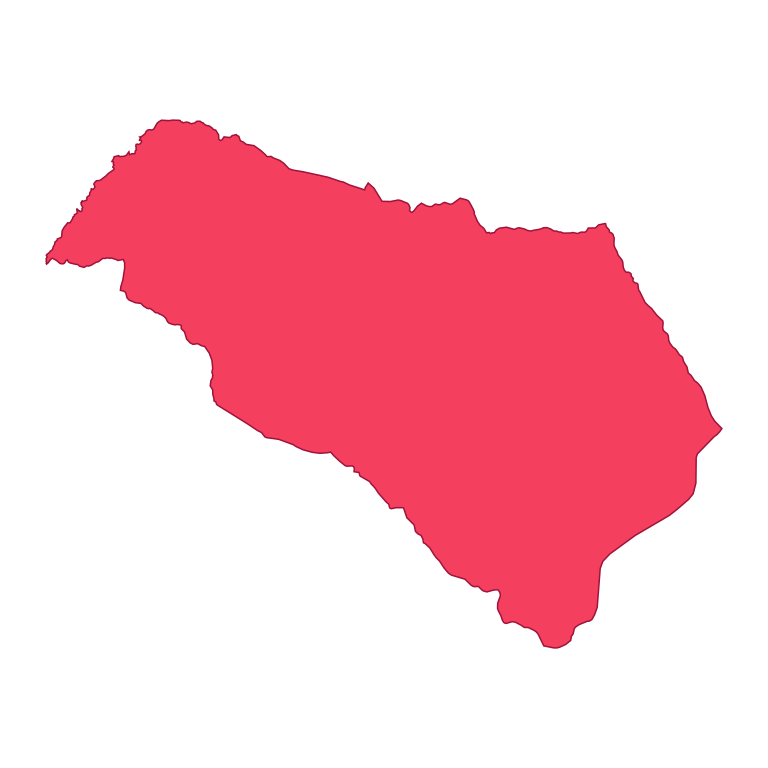 outline of El Molino, La Guajira, Colombia
{"feature_id": "7082276B93784631738012", "entity_name": "El Molino", "entity_type": "district", "adm_level": 2, "iso_a3": "COL", "parent_name": "Colombia", "parent_adm1": "La Guajira", "projection": "orthographic", "projection_center": [-72.929, 10.627], "detail": "fine", "context": "isolated", "style": "filled", "palette": "rose", "viewbox_px": 768, "rotation_deg": 0, "n_neighbors": 0, "source": "geoboundaries", "source_scale": "gbopen_adm2", "svg_char_len": 6035}
<svg xmlns="http://www.w3.org/2000/svg" viewBox="0 0 768 768"><path d="M721.9,428.6L714.6,421.0L711.3,415.8L707.9,407.3L704.8,395.6L701.1,387.2L697.9,383.3L694.5,380.6L691.0,375.3L688.3,373.0L687.0,367.0L683.6,361.5L682.6,357.7L681.9,356.6L679.3,354.7L676.5,350.3L675.3,348.9L672.7,347.0L669.7,342.9L668.8,340.5L668.3,335.9L667.4,333.9L664.1,331.3L663.2,330.0L662.7,327.7L663.1,323.2L662.8,320.9L656.7,315.1L651.4,308.3L648.2,305.7L645.0,302.3L639.8,291.7L638.6,289.8L637.9,284.2L637.2,283.4L634.7,282.7L633.0,281.1L632.9,279.9L633.3,278.5L631.3,276.2L631.1,274.0L630.5,273.2L628.5,272.1L626.3,272.3L624.4,270.3L623.2,267.0L622.8,262.3L622.1,260.2L618.0,254.9L617.0,251.6L614.6,247.2L613.9,244.3L614.2,238.3L612.9,234.3L611.7,233.1L609.6,232.1L609.1,229.8L606.3,226.7L605.6,223.7L604.9,223.5L598.6,224.9L595.8,227.6L594.6,228.0L588.3,228.0L586.7,230.8L585.6,231.8L584.6,232.2L581.1,232.1L577.6,233.5L572.7,232.5L570.6,233.0L563.4,233.1L560.7,232.0L558.9,232.0L556.8,231.1L553.8,231.0L550.7,229.0L546.9,227.6L543.6,227.7L540.4,229.1L532.5,230.5L530.9,231.1L527.4,230.4L524.8,229.1L519.5,227.8L517.5,228.0L514.4,229.4L506.5,227.2L499.3,228.2L496.3,230.0L494.3,232.7L491.8,232.9L490.6,233.6L489.3,232.5L486.5,232.8L483.8,228.3L480.2,225.4L477.5,221.5L474.1,213.5L474.3,212.1L473.3,209.4L469.3,202.0L468.2,200.7L466.3,199.8L460.1,198.2L452.4,203.8L450.2,204.3L444.8,202.4L443.6,202.7L440.5,204.5L438.9,204.8L435.3,204.1L432.0,206.4L429.7,206.6L426.5,205.9L421.4,203.2L417.5,206.2L414.1,210.6L412.2,212.3L411.0,212.0L409.6,210.7L410.0,207.5L408.6,204.4L407.5,203.3L400.7,200.5L398.3,200.0L390.5,201.5L382.0,201.3L374.0,188.2L368.2,183.0L365.3,187.6L364.7,189.9L349.3,184.9L343.3,182.0L340.6,181.5L327.9,177.2L302.8,171.7L293.0,170.1L288.9,168.7L283.8,163.3L279.7,160.4L273.5,158.0L271.1,156.4L267.5,156.7L266.7,156.3L265.7,155.0L260.8,150.5L253.9,145.6L246.3,144.4L243.2,142.0L241.0,141.1L240.3,140.5L238.8,136.3L237.1,135.5L236.4,134.6L232.5,135.5L231.5,136.1L231.1,136.8L229.7,137.5L224.0,136.9L222.0,139.8L220.6,140.6L218.8,139.2L218.6,134.9L215.7,130.1L213.3,129.4L212.0,127.9L209.3,126.0L206.6,125.5L204.4,124.4L203.3,123.0L201.8,122.5L200.0,121.2L196.8,121.3L194.7,123.0L191.1,123.7L190.0,123.4L189.1,122.6L186.4,122.0L183.2,122.9L182.3,122.1L181.0,121.8L180.2,120.6L179.4,120.3L172.6,120.1L169.1,120.6L161.5,120.2L158.6,121.9L157.0,123.4L153.7,129.2L151.5,130.0L149.2,129.7L147.3,130.2L145.7,132.1L145.2,133.7L141.3,136.7L139.7,137.0L140.6,138.0L139.6,139.5L139.5,140.4L141.4,140.5L141.6,141.6L140.5,143.6L138.5,144.5L137.3,144.1L136.1,144.4L135.8,146.4L136.2,147.0L136.0,148.8L136.3,150.0L135.3,150.9L134.9,153.5L134.4,153.8L133.1,153.6L131.5,153.8L129.9,154.7L129.4,154.3L128.9,151.8L126.5,155.1L124.5,156.2L119.5,156.6L118.7,155.6L114.2,156.7L113.5,158.8L111.9,161.5L113.4,161.8L113.6,162.3L113.2,163.8L114.1,165.0L113.3,165.8L112.8,167.2L114.0,168.3L114.1,169.0L113.7,169.7L108.4,173.4L105.7,176.1L100.0,180.4L96.3,180.8L94.3,183.0L93.8,184.1L94.8,186.2L94.7,187.6L93.0,189.5L91.5,188.7L91.1,188.9L91.2,190.4L89.7,193.0L89.6,195.2L87.3,196.8L86.8,197.7L86.9,200.0L83.5,201.3L82.3,200.8L81.6,201.5L81.8,202.3L80.9,202.9L81.3,203.6L81.1,204.4L82.7,207.4L81.9,208.9L82.1,209.5L81.9,211.0L80.7,211.5L80.0,211.4L79.6,210.8L79.1,211.0L77.2,209.0L76.7,209.1L77.2,212.1L76.8,213.5L74.4,214.7L74.3,216.0L72.9,217.1L72.7,218.3L71.0,221.4L69.9,222.8L67.7,222.8L63.9,227.6L62.1,230.9L61.6,236.8L60.6,237.7L57.3,239.0L57.1,240.3L55.0,242.0L54.5,244.7L53.2,246.8L52.6,249.3L51.2,250.7L50.4,251.0L49.3,252.6L47.0,254.3L46.3,255.3L47.1,256.6L46.1,259.1L46.5,260.1L46.1,261.3L46.7,262.5L46.2,263.4L46.6,264.1L48.5,262.5L49.6,260.7L51.8,258.4L52.5,258.3L56.6,260.5L60.0,263.5L62.7,263.9L63.6,263.6L64.5,263.1L66.1,260.5L67.2,259.8L68.5,262.0L70.2,263.0L76.1,264.4L77.6,264.4L79.5,266.1L83.6,267.3L84.5,267.2L86.7,265.8L88.5,266.1L91.0,265.3L96.1,262.3L98.5,261.7L102.7,258.4L105.3,258.5L107.2,257.8L108.9,258.2L112.1,258.1L113.5,258.8L115.9,259.4L117.9,260.5L123.3,259.5L124.6,262.8L124.7,267.8L122.8,280.1L120.8,286.8L120.4,290.4L123.5,291.0L125.0,291.9L125.8,293.0L127.0,297.7L127.7,298.7L129.2,300.1L135.3,302.7L140.9,303.4L143.7,306.2L147.1,308.3L148.5,308.7L149.9,308.4L153.0,310.5L155.3,312.6L157.9,312.9L159.3,314.0L161.5,314.8L164.0,316.4L166.0,318.5L167.6,321.8L168.8,323.0L171.3,324.0L175.0,324.9L177.0,324.5L180.5,324.9L181.4,325.8L181.1,327.1L181.3,328.7L184.5,331.9L186.7,339.2L190.1,342.8L192.9,344.3L197.8,343.7L201.2,345.6L204.8,346.6L209.3,353.2L211.9,360.2L212.7,368.4L211.9,372.3L212.8,374.7L212.4,378.1L211.0,380.3L210.2,385.8L212.7,389.9L212.8,394.2L213.9,398.5L214.0,400.9L215.9,402.0L216.5,404.2L217.2,405.0L246.5,423.2L257.8,430.7L260.7,432.1L261.9,433.0L264.8,436.8L266.4,437.6L278.6,439.3L293.3,444.7L296.2,446.6L302.8,449.7L312.2,452.3L320.0,453.3L327.8,452.7L330.7,452.1L333.7,455.6L339.4,461.0L345.2,465.7L347.1,466.2L351.8,465.9L353.4,466.4L354.4,468.5L354.0,471.7L359.0,472.5L359.8,475.7L360.6,476.4L369.7,481.6L371.1,483.9L374.8,487.7L378.4,493.1L385.9,501.7L388.8,504.3L389.6,507.6L390.3,508.4L391.3,508.7L396.1,507.7L403.1,507.7L403.7,508.3L406.9,517.8L414.1,524.9L415.5,531.5L418.1,534.0L421.0,535.4L422.9,539.1L423.4,542.7L425.1,543.6L429.8,547.9L434.0,554.7L436.3,557.8L439.5,561.0L444.1,568.0L448.5,573.2L451.6,575.2L465.0,579.2L471.1,585.2L472.8,586.2L474.5,586.7L478.3,586.4L482.2,590.2L483.8,591.1L487.0,591.9L493.1,590.2L496.2,589.8L497.8,589.9L498.6,590.5L500.0,592.9L500.4,595.6L497.7,603.2L497.5,608.3L498.3,610.7L500.9,615.7L502.2,619.8L503.6,622.3L504.5,623.0L506.3,623.4L512.2,621.7L515.3,622.2L521.3,625.3L524.2,627.4L528.4,627.6L534.0,630.3L536.0,631.7L538.0,633.9L543.8,645.9L553.8,647.9L557.0,647.9L559.7,647.2L565.8,644.4L570.7,640.4L571.4,636.3L573.1,633.9L574.3,628.7L575.4,627.2L578.9,624.7L587.2,621.3L589.7,621.0L592.0,619.4L594.5,614.9L597.2,607.5L600.2,568.6L602.7,561.5L610.0,553.8L635.4,535.3L669.2,515.5L677.5,509.0L688.7,499.3L693.2,493.7L695.9,483.1L696.2,457.6L697.4,453.9L714.0,436.8L717.1,434.5L719.6,431.8L721.9,428.6Z" fill="#f43f5e" stroke="#9f1239" stroke-width="1.5"/></svg>